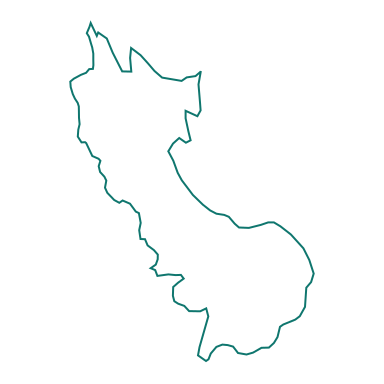 Kato Polemidia, Limassol, Cyprus
{"feature_id": "46923920B47943470326815", "entity_name": "Kato Polemidia", "entity_type": "district", "adm_level": 2, "iso_a3": "CYP", "parent_name": "Cyprus", "parent_adm1": "Limassol", "projection": "equal_earth", "projection_center": [32.979, 34.706], "detail": "fine", "context": "isolated", "style": "outline", "palette": "teal", "viewbox_px": 384, "rotation_deg": 0, "n_neighbors": 0, "source": "geoboundaries", "source_scale": "gbopen_adm2", "svg_char_len": 1819}
<svg xmlns="http://www.w3.org/2000/svg" viewBox="0 0 384 384"><path d="M198.0,355.4L206.0,361.0L208.5,359.3L210.8,353.5L216.4,346.9L222.4,344.6L227.8,345.1L233.1,346.6L238.0,353.0L246.5,354.5L253.1,352.6L261.5,347.8L268.9,347.6L273.9,343.0L277.5,337.1L280.0,326.8L283.3,324.5L295.3,319.6L299.8,316.2L305.0,306.9L305.6,298.0L306.3,287.7L311.1,282.1L313.7,273.6L309.3,260.0L303.4,248.3L290.9,234.5L280.4,226.3L273.9,222.4L268.2,222.4L260.8,224.9L248.9,227.9L239.0,227.5L234.7,223.7L228.8,216.8L224.2,214.9L216.4,213.7L210.1,210.4L202.9,204.7L192.9,195.0L181.8,180.3L177.7,172.8L173.3,160.7L168.3,151.3L173.0,143.6L179.2,138.0L185.9,142.7L190.6,140.3L188.4,131.4L185.6,118.3L185.6,110.8L197.4,116.2L199.1,113.1L200.6,110.4L200.0,102.4L198.5,84.4L200.8,71.3L200.8,71.2L200.5,71.8L195.5,76.1L186.7,77.4L181.6,80.9L162.1,77.6L154.5,71.0L148.0,63.4L140.6,55.2L131.1,48.0L130.1,58.0L131.3,71.6L122.2,71.4L112.7,52.7L106.8,38.5L98.2,32.5L96.8,35.9L90.7,23.0L89.5,26.8L86.8,33.2L89.0,36.7L90.3,41.1L91.2,44.2L92.2,47.4L93.3,53.6L93.3,59.7L93.4,65.2L92.9,68.9L89.2,69.1L86.1,72.8L81.0,74.8L73.8,78.7L70.3,81.6L70.7,87.1L72.8,94.1L74.9,98.6L77.7,102.9L78.8,106.4L78.9,110.8L79.0,117.9L79.6,124.2L78.3,129.7L77.8,136.6L81.5,142.4L85.1,142.2L86.2,143.1L92.3,156.0L98.6,158.8L100.4,160.8L98.7,166.2L100.1,172.0L104.4,176.7L106.3,180.6L105.0,187.7L107.3,192.8L114.2,200.0L119.3,202.8L122.6,200.5L130.0,203.7L135.8,211.6L138.9,213.1L140.7,222.9L139.2,230.2L140.5,239.0L145.0,239.2L147.6,245.4L153.9,250.1L157.8,254.6L157.7,259.3L155.8,264.6L150.7,268.2L155.2,270.1L157.4,275.9L168.4,274.4L175.6,275.1L180.9,274.9L183.7,278.6L178.1,282.7L173.2,287.0L172.9,295.8L174.3,301.2L178.2,303.7L184.3,305.9L189.1,311.1L200.1,311.3L200.6,311.1L206.2,308.4L208.3,316.4L199.5,347.2L198.0,355.4Z" fill="none" stroke="#0f766e" stroke-width="2"/></svg>